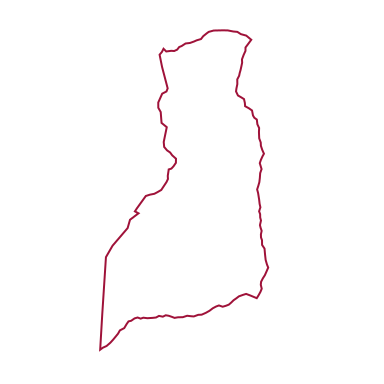 outline of Alto Paraná, Paraná, Brazil, rotated 4°
{"feature_id": "56859067B34813468974748", "entity_name": "Alto Paraná", "entity_type": "district", "adm_level": 2, "iso_a3": "BRA", "parent_name": "Brazil", "parent_adm1": "Paraná", "projection": "robinson", "projection_center": [-52.31, -23.07], "detail": "fine", "context": "isolated", "style": "outline", "palette": "rose", "viewbox_px": 384, "rotation_deg": 4, "n_neighbors": 0, "source": "geoboundaries", "source_scale": "gbopen_adm2", "svg_char_len": 2240}
<svg xmlns="http://www.w3.org/2000/svg" viewBox="0 0 384 384"><g transform="rotate(4 192 192)"><path d="M240.5,36.0L235.2,32.2L229.7,31.1L226.1,29.1L222.0,29.0L216.3,28.3L211.2,28.6L202.4,29.4L197.5,31.1L195.5,32.8L192.3,35.8L190.3,38.8L186.0,40.4L183.6,41.7L179.5,43.5L175.2,44.3L171.5,47.1L169.1,48.3L167.3,51.0L164.4,52.6L161.5,52.6L156.5,53.6L153.6,51.1L152.2,54.4L150.1,57.3L153.4,69.3L160.5,90.3L159.5,93.5L155.4,96.0L152.1,105.1L152.5,110.3L155.2,114.4L156.8,125.2L162.3,129.1L160.3,144.1L161.1,149.0L164.2,152.2L167.4,154.1L169.7,156.8L173.7,159.9L173.9,164.0L171.8,167.6L169.8,170.1L167.2,171.1L166.7,177.6L167.1,180.7L165.9,183.8L161.2,192.1L157.5,194.6L154.6,196.4L150.2,197.6L146.2,199.2L138.2,212.1L136.4,215.3L140.1,217.0L132.1,224.0L130.3,232.5L116.5,251.1L110.7,263.0L111.0,320.1L111.4,355.7L114.0,353.5L117.5,351.6L121.1,348.0L123.7,344.7L128.1,338.5L129.7,335.1L133.9,332.5L136.0,328.3L137.7,325.5L140.3,324.7L143.5,322.1L146.5,321.0L149.6,321.9L152.2,320.8L156.3,321.0L161.6,320.3L164.9,319.7L167.7,317.9L171.6,318.4L174.4,316.8L177.4,317.1L180.8,318.0L183.4,318.8L186.5,318.0L191.6,317.5L195.8,315.8L199.9,316.0L202.5,316.0L206.8,314.1L210.2,313.7L214.2,311.6L217.7,309.3L220.9,306.5L224.1,304.5L226.8,303.3L230.6,304.3L233.6,303.2L236.6,301.8L238.8,299.6L241.0,297.1L243.6,295.0L246.1,292.8L250.2,291.0L253.1,289.9L257.2,291.1L264.0,293.4L265.7,290.2L267.3,286.7L268.3,283.6L267.1,279.8L267.2,276.7L268.7,273.2L270.5,269.9L271.8,266.3L273.3,262.1L271.8,259.0L270.2,254.6L269.2,249.1L268.3,243.4L265.6,239.9L265.2,235.2L264.0,232.5L263.7,229.4L264.2,225.9L263.0,223.1L262.1,220.3L262.8,215.6L261.8,212.7L261.5,209.3L260.3,206.6L261.3,202.5L260.3,199.2L259.5,194.9L258.0,188.4L256.8,184.9L257.7,181.3L258.5,177.5L258.7,173.3L258.7,168.4L259.8,164.3L257.6,158.5L258.5,155.1L259.8,151.6L261.1,148.8L259.1,145.0L257.5,141.1L257.1,137.8L255.3,133.8L254.6,127.5L254.5,123.5L252.5,119.9L251.6,115.2L249.0,113.6L247.5,111.4L246.2,106.5L242.9,104.5L239.0,102.7L238.5,99.4L237.4,95.7L234.6,94.2L231.1,92.5L228.9,88.6L229.1,85.6L229.7,81.2L229.3,76.5L230.9,72.8L231.3,69.9L231.9,67.1L232.5,63.1L233.0,59.5L232.6,56.2L234.0,51.5L235.5,47.5L235.3,44.1L237.7,40.4L240.5,36.0Z" fill="none" stroke="#9f1239" stroke-width="2"/></g></svg>